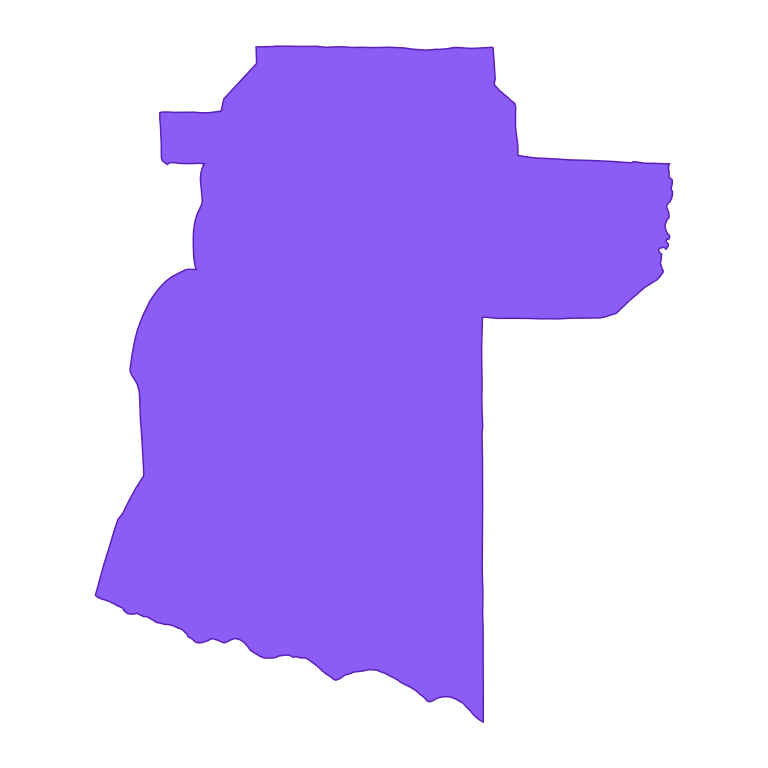 Siem Reap, Siemréab, Cambodia (Natural Earth projection)
{"feature_id": "14789045B16739970374251", "entity_name": "Siem Reap", "entity_type": "district", "adm_level": 2, "iso_a3": "KHM", "parent_name": "Cambodia", "parent_adm1": "Siemréab", "projection": "natural_earth1", "projection_center": [103.853, 13.34], "detail": "fine", "context": "isolated", "style": "filled", "palette": "violet", "viewbox_px": 768, "rotation_deg": 0, "n_neighbors": 0, "source": "geoboundaries", "source_scale": "gbopen_adm2", "svg_char_len": 5282}
<svg xmlns="http://www.w3.org/2000/svg" viewBox="0 0 768 768"><path d="M271.7,46.6L256.1,46.9L256.6,63.5L223.8,98.9L221.2,111.1L210.2,112.6L206.0,112.8L200.2,112.7L193.5,112.2L186.5,112.3L180.1,112.3L173.6,112.4L169.6,112.1L165.5,112.0L161.8,112.1L159.8,112.8L159.9,119.6L160.5,126.6L160.9,136.1L161.3,144.0L161.3,150.1L161.4,157.5L162.3,160.8L164.9,162.7L166.3,163.8L167.5,164.5L168.9,163.3L170.1,162.6L172.3,162.6L176.0,162.9L180.2,163.4L186.6,163.6L193.3,163.5L199.6,163.3L202.3,163.6L204.2,163.6L202.9,166.4L202.3,168.0L201.1,172.1L200.4,178.1L200.8,184.6L201.3,189.2L202.0,196.7L202.3,201.2L201.8,204.1L199.7,208.8L198.2,211.7L196.9,214.8L195.3,220.2L194.2,226.1L193.5,232.1L193.3,237.2L193.3,244.5L193.5,251.4L193.8,257.5L194.7,263.7L195.6,267.6L196.0,269.4L192.6,269.5L188.7,269.2L185.4,269.9L180.2,272.4L176.6,274.2L172.1,276.6L166.1,281.0L161.4,285.8L158.1,289.7L153.9,295.1L149.6,301.6L147.3,306.5L146.4,308.2L143.2,314.9L140.3,322.2L137.5,329.8L135.6,336.9L133.8,345.2L132.0,355.3L130.8,363.8L130.1,368.6L130.2,371.5L131.9,375.5L135.1,380.3L137.4,384.6L139.3,391.6L139.7,398.9L140.1,408.2L140.4,418.9L141.1,428.0L141.9,439.2L142.7,453.4L143.2,462.0L143.8,474.1L143.5,476.1L135.6,488.5L129.1,500.5L123.0,512.9L117.8,519.8L114.4,530.0L110.1,544.4L103.6,565.4L95.4,595.3L96.9,596.6L99.4,598.1L100.8,598.6L102.5,599.3L104.6,599.8L106.8,600.6L108.6,601.2L112.5,603.0L115.1,604.5L117.8,605.9L119.4,606.6L120.7,607.2L123.1,608.3L123.7,610.3L125.1,611.6L126.1,612.4L127.4,613.4L129.5,614.0L131.8,614.2L133.3,614.0L135.1,613.8L137.0,613.3L140.7,615.2L142.4,616.0L144.0,616.7L146.0,616.5L147.8,617.2L150.8,618.9L152.7,620.0L154.5,621.1L156.0,622.2L157.7,622.7L159.1,622.9L160.7,623.3L162.2,623.6L163.9,624.3L165.8,624.4L167.7,624.5L170.9,625.0L173.8,626.0L177.7,627.9L181.1,629.1L182.6,629.8L185.4,632.7L186.7,633.8L187.6,635.8L188.3,636.9L190.5,637.9L192.2,639.1L193.8,640.6L195.2,641.8L196.3,642.4L197.7,642.7L200.2,642.7L202.2,642.6L204.0,642.1L206.7,641.1L208.4,640.4L210.5,639.2L212.6,638.7L216.3,639.7L218.2,640.4L220.1,641.2L222.8,642.5L224.7,642.8L227.2,641.8L230.8,639.8L234.5,638.6L237.0,638.9L239.4,639.4L240.9,640.4L242.2,641.1L244.0,642.3L245.5,644.2L247.5,646.1L248.8,648.0L250.1,650.0L252.0,651.4L254.3,652.8L256.6,654.2L258.4,655.4L260.2,656.4L262.6,657.5L265.1,658.1L269.5,658.0L272.9,658.0L275.6,657.5L278.9,655.9L282.3,655.5L285.1,655.2L286.8,655.2L288.5,655.1L290.3,655.5L291.3,656.4L293.2,657.2L295.3,656.8L297.8,657.0L299.7,657.8L301.7,657.9L304.4,657.9L307.1,658.7L308.9,659.9L310.6,661.2L313.0,662.9L315.3,664.6L318.6,667.2L320.4,669.0L322.8,671.3L325.9,673.8L328.7,675.6L331.1,677.2L333.7,679.3L335.3,680.1L337.4,679.7L339.6,678.8L342.0,677.0L344.1,675.7L346.1,674.6L348.2,674.3L353.3,672.2L356.7,671.7L360.4,671.4L364.8,670.6L368.8,669.7L372.6,669.8L374.9,670.0L376.9,670.2L381.6,672.2L385.3,673.4L387.4,674.6L389.0,675.5L393.5,677.7L397.9,680.2L400.6,682.2L405.2,684.7L409.0,686.5L413.9,689.2L417.6,692.0L419.9,694.3L422.3,696.0L425.2,698.5L426.9,700.6L428.1,701.5L430.0,701.7L433.0,700.6L436.4,698.6L439.8,697.4L444.8,696.6L449.9,696.9L455.2,698.7L458.7,700.7L463.0,703.2L465.7,706.2L468.0,708.5L470.5,711.1L473.0,714.3L475.4,716.6L477.9,718.8L481.7,721.3L483.3,721.9L483.2,688.9L483.1,627.0L482.6,616.3L482.9,593.7L482.2,569.7L482.4,537.7L482.6,506.7L482.5,459.3L482.3,448.5L482.0,434.9L482.7,426.2L482.1,411.3L481.8,399.3L482.1,384.0L481.7,362.1L481.6,349.2L481.7,344.9L482.1,329.4L482.4,317.4L485.6,317.2L490.1,317.7L497.9,318.4L507.4,318.3L516.4,318.3L523.2,318.4L531.8,318.5L540.3,318.8L552.3,318.8L558.9,318.9L568.4,318.3L576.3,318.1L584.9,318.1L592.5,318.0L600.2,317.9L605.1,316.9L611.1,314.9L614.0,314.0L615.6,313.7L617.0,312.6L620.4,309.3L623.7,306.2L629.1,300.9L632.7,297.8L636.6,294.5L641.0,290.7L644.6,287.4L649.1,284.7L653.1,282.1L656.8,279.9L659.6,277.1L661.4,274.6L662.9,272.4L663.4,271.1L661.8,268.3L661.2,265.5L660.4,263.5L660.9,260.7L661.5,257.5L661.0,255.8L661.9,254.3L660.6,253.4L658.9,251.9L658.6,249.9L659.6,248.1L661.6,248.0L662.9,247.1L665.1,248.1L666.0,249.2L667.4,247.2L668.3,246.0L668.4,243.9L667.3,243.3L666.1,241.9L666.7,239.3L669.0,239.1L669.7,237.1L669.3,235.2L668.3,234.5L667.1,233.1L666.0,230.1L665.4,228.4L665.1,227.0L665.1,224.9L665.6,223.6L666.7,220.6L667.4,219.2L669.0,217.9L669.0,215.7L669.0,214.3L668.5,212.0L667.4,209.3L666.5,206.1L667.3,204.6L668.5,202.9L670.1,201.5L671.8,197.7L672.4,194.7L672.6,191.5L671.4,190.0L671.3,187.4L672.1,184.7L672.4,180.6L671.7,179.2L669.8,178.1L668.9,176.6L669.1,174.0L669.0,172.3L669.1,170.7L668.4,169.1L668.7,165.7L669.5,163.8L662.6,163.7L653.4,163.3L645.6,163.3L633.8,161.6L631.2,162.8L611.2,161.4L591.2,160.5L570.0,159.9L555.0,158.9L534.3,157.9L522.3,156.2L520.3,155.9L517.8,155.3L518.0,148.7L517.5,142.5L516.2,132.9L515.5,127.5L515.5,120.2L515.5,114.2L515.7,107.7L514.8,103.4L511.1,100.6L507.8,97.5L503.9,94.2L499.5,90.5L496.9,87.5L494.6,85.2L494.3,83.0L495.2,79.1L493.2,49.1L493.0,47.7L491.4,47.3L488.3,47.6L482.8,47.8L477.0,48.2L470.0,48.4L459.8,47.6L454.4,47.5L446.6,48.8L439.2,49.4L435.7,49.3L431.8,49.7L425.5,50.1L414.1,49.3L403.5,47.9L395.0,47.5L388.3,47.2L379.3,47.5L372.3,47.6L362.5,47.3L352.3,47.5L342.0,46.7L334.2,46.9L326.2,47.4L317.0,46.3L308.7,46.4L298.5,46.4L292.4,46.3L286.0,46.2L277.1,46.1L271.7,46.6Z" fill="#8b5cf6" stroke="#5b21b6" stroke-width="1.5"/></svg>